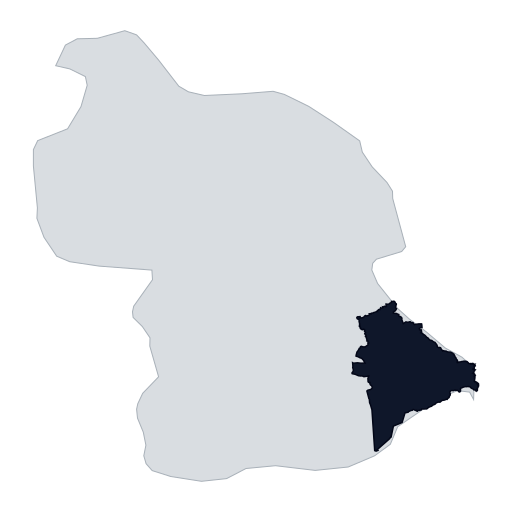 location of Nyagatare, Eastern, Rwanda, rotated 90°
{"feature_id": "39286606B31387731734731", "entity_name": "Nyagatare", "entity_type": "district", "adm_level": 2, "iso_a3": "RWA", "parent_name": "Rwanda", "parent_adm1": "Eastern", "projection": "robinson", "projection_center": [30.27, -1.298], "detail": "fine", "context": "in_parent", "style": "filled", "palette": "ink", "viewbox_px": 512, "rotation_deg": 90, "n_neighbors": 0, "source": "geoboundaries", "source_scale": "gbopen_adm2", "svg_char_len": 6901}
<svg xmlns="http://www.w3.org/2000/svg" viewBox="0 0 512 512"><g transform="rotate(90 256 256)"><path d="M191.2,119.5L198.5,119.3L246.7,106.3L251.5,110.3L259.2,135.6L263.3,139.3L270.0,140.2L283.5,134.4L308.3,114.6L319.1,102.6L331.9,85.7L348.1,66.6L357.2,50.0L366.1,40.3L377.7,37.4L390.5,38.1L399.5,38.4L392.1,42.4L390.6,54.6L399.1,74.1L426.7,114.3L444.3,121.7L455.8,137.4L467.0,163.8L470.4,196.8L465.7,236.5L468.5,266.0L478.6,285.4L481.3,310.5L476.5,341.3L470.6,359.8L463.7,365.9L455.8,368.2L445.2,366.1L432.2,368.7L418.1,374.5L409.2,375.4L403.7,374.2L393.3,369.3L376.8,353.4L346.1,362.2L337.8,362.0L326.6,369.6L317.4,378.9L311.8,379.5L306.2,378.3L279.7,359.5L270.1,360.1L266.1,412.9L261.7,442.3L256.2,455.3L237.3,468.0L218.3,475.1L207.9,474.6L166.0,478.6L149.6,478.6L140.6,474.3L128.8,444.4L106.6,431.0L85.3,424.8L76.6,426.6L68.9,442.2L65.7,456.3L45.1,446.6L38.8,434.8L38.3,414.7L30.7,387.2L34.9,375.4L43.0,367.8L60.2,353.3L86.2,333.2L91.8,323.6L95.5,307.6L93.8,270.3L91.3,238.9L94.4,227.7L106.3,203.4L122.3,178.6L140.9,152.3L152.1,149.7L166.9,139.8L182.5,125.0L191.2,119.5Z" fill="#d9dde1" stroke="#a8b0b8" stroke-width="1"/><path d="M325.7,152.2L326.3,152.6L326.7,152.2L326.7,152.4L327.0,151.8L327.5,151.9L327.8,151.7L328.3,151.7L329.0,151.1L329.0,150.7L329.7,149.9L329.5,149.5L329.6,149.3L329.2,148.7L329.4,147.9L329.6,147.7L329.7,147.8L330.1,147.5L330.1,147.3L330.6,147.3L330.8,147.3L331.1,147.3L331.0,147.5L331.3,147.5L331.8,146.9L332.3,146.8L332.5,146.5L332.8,146.5L333.5,147.2L333.8,147.3L334.9,146.1L335.8,145.9L336.2,146.6L336.4,146.6L337.2,145.8L337.8,145.7L338.0,145.5L338.9,145.4L340.4,144.8L340.9,145.2L341.0,145.1L340.8,144.4L341.0,144.1L341.3,144.2L341.6,143.9L341.8,144.0L342.7,144.0L343.0,143.3L343.6,144.0L343.8,144.1L344.1,143.8L345.2,144.2L345.8,145.3L346.9,146.9L346.9,149.0L346.3,150.6L346.5,151.2L347.1,151.7L348.0,151.7L348.3,152.7L350.5,153.8L352.0,155.0L355.3,155.9L356.2,155.9L356.7,154.0L357.8,152.0L358.2,150.6L358.6,150.0L360.3,148.5L363.1,147.0L363.2,151.1L362.8,154.5L363.2,158.5L362.7,159.4L366.4,159.1L367.5,159.3L369.6,158.7L370.7,158.7L371.6,159.0L372.6,159.9L373.3,160.0L373.7,159.8L374.3,156.8L375.7,153.6L376.0,151.4L375.9,149.8L376.7,148.1L376.0,143.3L378.5,144.1L381.8,143.9L382.4,143.2L382.5,142.1L383.2,142.2L384.7,141.7L385.1,141.3L385.6,140.5L386.8,139.8L387.9,139.8L389.0,140.6L389.6,141.7L390.2,144.2L391.0,145.1L398.6,143.1L399.6,142.5L400.1,142.6L402.7,142.4L404.8,141.5L409.0,140.3L409.1,140.1L450.6,137.3L450.6,136.4L451.1,136.1L451.1,135.9L450.4,134.0L450.2,134.1L449.9,135.1L438.7,122.4L437.3,121.5L437.1,120.9L426.1,118.6L422.5,109.9L413.9,107.3L412.9,107.0L412.6,106.7L412.7,106.0L412.2,103.8L411.5,103.3L410.4,100.8L410.4,100.1L410.3,99.7L409.7,99.3L409.4,98.8L409.6,98.2L410.5,96.4L410.3,95.3L410.5,95.1L411.1,95.1L411.2,94.6L410.6,94.2L410.0,90.9L409.6,90.5L408.9,90.2L408.9,89.5L409.0,88.8L408.9,85.4L408.5,84.6L407.4,83.5L406.5,81.4L406.3,80.6L404.7,78.5L404.6,77.8L404.0,76.7L402.9,75.8L402.6,75.2L402.0,73.2L402.2,72.1L401.8,71.5L400.5,70.1L400.0,67.3L399.3,65.8L399.4,64.8L398.5,64.3L397.5,62.9L396.9,62.9L396.1,62.5L395.3,61.9L394.6,61.8L393.9,61.7L393.0,62.1L392.2,62.2L390.9,61.5L390.6,60.8L390.5,59.8L390.7,58.8L390.0,57.0L390.4,56.2L390.3,54.9L390.7,53.9L391.8,53.1L392.0,52.3L391.2,51.5L388.6,51.5L388.1,51.2L387.9,50.2L387.4,49.4L386.8,47.6L386.6,46.4L386.7,45.2L386.4,43.9L386.7,43.2L386.7,42.1L388.1,40.8L389.2,38.6L389.9,38.1L389.9,37.2L390.1,36.7L391.2,35.8L390.7,35.3L390.7,34.8L390.5,34.7L390.2,34.9L390.2,35.3L389.9,35.4L390.0,34.9L390.0,34.6L389.3,34.6L389.1,34.9L388.4,34.8L387.7,34.1L387.4,34.2L386.3,33.7L386.1,33.7L386.1,34.0L385.9,33.4L385.6,33.4L385.4,33.7L385.6,34.0L385.3,34.0L385.3,33.7L385.0,33.6L385.0,34.0L384.9,34.1L384.7,33.5L384.4,33.5L384.0,33.8L383.7,33.6L383.2,34.1L383.4,34.7L383.2,34.7L383.1,35.3L382.9,35.2L383.0,34.6L382.5,34.9L382.1,35.8L382.7,35.9L381.8,36.1L381.5,36.9L381.7,37.3L381.3,37.4L381.3,37.7L380.5,37.7L379.8,37.3L378.6,37.5L378.3,37.2L377.9,37.5L377.5,37.1L377.1,37.3L376.3,37.0L376.1,37.0L376.0,37.4L375.6,36.8L375.3,37.1L375.5,37.4L374.8,37.6L374.6,37.6L374.8,37.2L374.5,37.1L374.0,37.5L373.9,37.9L373.5,38.4L373.2,38.3L373.1,38.7L372.9,38.3L372.5,38.4L372.1,38.1L371.9,38.1L371.9,38.5L371.8,38.2L371.1,37.9L370.8,37.4L370.1,37.2L369.8,36.8L369.4,37.6L368.7,38.0L368.8,38.3L369.3,38.5L369.1,39.1L368.8,38.9L368.7,38.6L368.4,38.6L368.4,38.1L368.1,37.7L367.4,37.8L367.2,38.1L367.3,38.3L366.9,37.9L366.4,37.8L366.4,37.4L366.0,37.4L366.0,37.0L365.8,36.7L365.1,37.0L364.8,37.7L364.2,37.2L364.2,37.5L364.5,38.1L364.1,38.1L364.0,38.3L364.3,38.8L364.2,39.0L363.5,39.0L363.4,39.7L363.5,40.1L363.9,40.1L364.0,40.7L363.8,41.1L364.0,41.5L363.5,41.8L363.6,42.3L363.5,43.4L363.3,43.6L362.5,43.9L362.2,44.5L361.7,44.8L361.8,45.2L361.3,45.8L361.4,46.6L361.2,46.9L361.5,47.1L361.2,47.8L361.2,48.4L361.3,48.8L361.5,48.9L361.5,50.2L361.9,51.2L361.9,52.0L362.1,52.4L362.0,52.9L362.4,53.7L362.6,54.7L362.3,54.8L361.8,54.3L361.4,54.6L361.3,54.4L360.4,54.6L360.0,54.8L360.0,55.0L359.5,55.3L359.1,55.7L357.8,56.1L356.6,57.1L355.7,57.3L355.5,57.7L354.2,58.0L353.9,58.7L353.2,59.3L352.1,61.5L352.0,63.9L351.3,66.0L351.1,66.0L351.0,67.6L350.7,68.3L350.7,68.9L350.9,69.3L350.5,69.4L350.0,70.1L349.1,70.9L348.4,71.0L347.7,71.5L347.5,72.2L347.5,73.6L347.2,74.4L346.7,74.8L346.1,74.7L344.8,75.2L342.3,77.1L342.0,78.3L340.5,80.2L339.9,82.4L339.4,82.9L339.0,83.1L337.7,84.3L337.2,85.7L336.8,85.7L336.3,86.1L335.1,87.3L334.8,87.8L334.6,88.7L333.7,89.1L333.2,89.6L332.7,91.2L331.5,90.4L329.9,90.7L329.8,92.4L328.4,92.7L327.7,91.3L327.5,90.0L324.8,90.2L323.9,90.4L323.9,93.3L324.4,97.1L324.7,97.7L322.6,99.0L322.6,100.6L321.7,101.9L322.3,104.2L321.9,106.1L323.6,108.7L319.7,110.2L318.2,110.1L317.9,110.2L316.6,111.4L316.4,112.8L315.3,113.3L314.5,113.2L314.1,114.5L313.5,115.3L313.2,118.6L312.5,118.5L312.0,118.7L311.5,118.1L310.8,116.7L308.8,115.5L308.0,116.3L307.5,116.5L306.9,116.2L305.6,116.4L304.9,115.7L303.9,115.7L303.6,116.0L303.5,116.4L301.8,117.2L301.3,117.8L301.2,118.3L301.4,118.9L301.4,120.5L302.5,120.6L303.3,122.3L303.8,122.7L304.2,123.6L304.3,124.5L304.1,125.0L304.1,126.0L305.5,125.8L306.1,125.5L306.5,125.8L306.7,126.4L306.4,126.7L306.3,127.7L307.0,128.8L306.9,129.2L307.5,128.9L307.6,129.0L308.1,130.9L307.8,131.4L309.5,131.9L309.4,132.8L309.8,133.6L310.3,133.7L310.5,134.3L311.1,134.8L311.4,134.7L311.3,135.3L311.8,135.8L312.4,137.5L312.5,138.2L313.2,139.2L313.0,140.0L313.7,140.7L313.5,140.9L313.8,142.6L314.2,142.3L314.5,142.4L314.7,142.8L315.5,143.3L315.7,144.6L316.1,145.6L315.6,146.1L315.5,146.5L315.9,147.2L317.4,148.5L318.1,151.4L318.1,151.8L317.6,151.6L316.6,151.9L316.5,152.0L316.8,152.5L316.7,153.1L316.8,153.5L316.7,154.1L316.9,154.6L317.1,154.6L317.4,155.1L317.9,155.2L318.2,154.9L318.7,154.7L318.7,154.4L319.2,154.0L319.3,153.4L320.6,152.7L321.2,152.9L321.3,152.7L322.7,152.7L323.9,152.3L325.0,152.5L325.0,152.3L325.7,152.2Z" fill="#0f172a" stroke="#020617" stroke-width="1.5"/></g></svg>